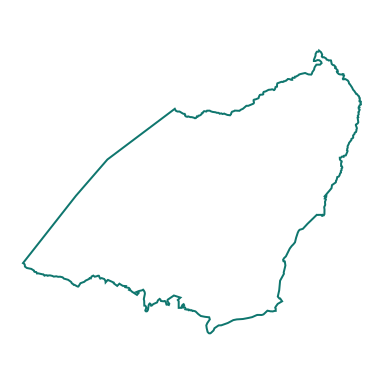 Agua Blanca de Iturbide, Hidalgo, Mexico
{"feature_id": "50627088B60120060131713", "entity_name": "Agua Blanca de Iturbide", "entity_type": "district", "adm_level": 2, "iso_a3": "MEX", "parent_name": "Mexico", "parent_adm1": "Hidalgo", "projection": "albers", "projection_center": [-98.352, 20.365], "detail": "fine", "context": "isolated", "style": "outline", "palette": "teal", "viewbox_px": 384, "rotation_deg": 0, "n_neighbors": 0, "source": "geoboundaries", "source_scale": "gbopen_adm2", "svg_char_len": 5947}
<svg xmlns="http://www.w3.org/2000/svg" viewBox="0 0 384 384"><path d="M129.3,290.1L129.8,289.6L132.0,291.7L137.0,294.9L138.6,293.0L136.5,292.0L139.0,291.0L142.1,290.3L143.1,289.7L143.8,290.5L144.7,292.2L144.9,293.8L143.8,299.1L144.2,300.9L144.3,305.6L145.2,305.7L145.8,306.3L146.1,307.2L146.3,307.9L145.3,310.4L145.4,310.8L146.1,311.4L146.9,311.3L147.3,311.0L148.0,309.7L148.6,305.5L148.9,304.5L149.7,303.5L150.4,303.8L151.1,305.7L151.7,305.6L153.3,304.1L157.1,302.4L157.9,300.4L159.6,298.9L160.3,299.4L161.0,301.0L163.4,301.3L164.7,301.0L165.3,301.3L166.3,303.7L166.4,304.5L166.8,304.7L167.3,304.3L168.8,305.0L169.3,303.8L167.6,301.4L167.5,300.4L167.7,299.7L173.9,295.5L180.4,297.6L177.8,300.0L178.7,301.2L178.7,307.9L181.3,307.9L181.7,306.4L182.6,304.8L183.6,304.2L184.2,305.2L183.0,307.5L185.0,307.5L185.7,308.8L185.4,309.3L186.9,309.6L187.9,309.3L188.5,310.2L189.7,309.8L190.1,310.3L191.3,310.4L191.7,310.2L192.5,311.0L193.5,310.8L195.5,311.4L198.3,314.1L200.8,316.0L204.9,316.8L209.2,317.3L209.8,319.4L207.3,323.1L206.3,325.4L206.7,328.2L207.6,331.9L208.8,333.2L210.0,333.4L210.8,333.0L213.5,330.5L214.5,328.2L218.6,325.4L221.3,325.3L227.8,323.0L233.3,320.1L236.8,319.4L242.9,319.0L248.7,317.9L252.2,317.1L256.7,315.1L257.7,314.9L261.7,315.0L263.5,314.4L267.4,310.7L270.5,311.3L272.8,311.4L274.7,310.9L275.7,310.9L275.7,308.4L275.2,307.8L275.7,306.7L277.7,303.9L282.1,301.3L280.2,298.5L279.5,298.6L277.8,296.6L279.2,290.3L280.1,280.7L283.9,273.8L283.7,272.5L285.4,265.5L284.8,261.4L284.5,261.2L283.8,261.4L283.5,261.3L283.1,259.8L284.1,258.1L285.9,256.4L289.8,248.5L291.7,246.0L293.3,244.4L295.0,242.3L296.1,237.8L297.8,232.6L298.7,230.8L299.6,229.8L302.9,228.8L307.5,223.8L316.8,214.8L318.0,215.0L318.2,214.9L321.3,214.9L321.7,215.1L321.8,215.7L322.2,215.8L322.6,214.9L323.7,215.4L323.9,215.2L324.1,214.5L324.4,214.2L324.5,209.6L324.2,207.1L325.2,204.9L325.0,201.8L325.9,199.4L325.5,198.8L324.9,198.6L326.2,197.0L326.3,196.1L324.0,197.1L331.5,188.2L332.0,185.1L335.5,182.6L335.9,182.1L336.0,180.8L336.3,180.5L336.8,179.2L337.3,177.0L338.6,176.7L339.5,175.4L340.1,173.4L341.0,172.5L340.8,171.1L341.6,170.1L341.5,168.9L341.7,168.3L342.2,167.9L342.3,167.2L341.8,166.2L341.1,166.0L341.1,163.0L341.7,161.9L341.7,161.3L340.6,160.5L339.9,159.4L339.8,157.7L341.0,157.6L342.1,156.5L342.7,156.5L343.6,156.8L343.9,155.8L345.8,155.4L347.5,151.4L347.5,150.8L347.1,150.5L347.3,150.2L347.1,149.1L347.7,147.7L347.6,146.4L347.8,145.7L348.6,144.4L349.1,142.8L351.3,140.1L351.4,139.0L352.9,138.0L353.2,137.5L353.1,135.5L354.5,133.9L354.6,133.1L355.4,132.2L355.9,132.1L356.4,130.8L356.4,129.6L356.8,128.8L356.9,128.1L355.8,125.1L355.9,124.6L357.7,123.4L358.3,122.2L357.6,117.6L358.3,117.3L357.8,115.8L358.7,114.4L358.4,112.3L358.8,112.2L358.9,111.5L359.6,109.9L359.6,109.5L358.8,108.9L358.6,107.7L358.7,107.3L359.4,107.2L359.1,106.4L359.6,105.3L360.9,104.5L361.0,104.1L360.4,103.1L360.8,102.5L360.9,101.7L360.3,101.1L359.5,101.3L359.4,101.1L359.9,98.9L359.4,98.2L359.6,97.7L359.1,97.0L359.0,96.3L358.0,95.5L357.1,94.2L356.3,94.0L356.3,93.7L355.4,92.7L354.4,91.1L353.1,89.7L352.0,87.4L349.7,84.0L349.1,83.6L348.7,81.9L348.0,80.8L347.6,80.4L345.4,79.1L343.7,79.3L343.1,79.3L342.9,79.0L342.9,78.5L343.5,78.1L343.5,77.1L344.0,75.7L343.4,75.4L343.6,74.3L343.3,74.1L342.8,74.0L341.8,74.5L339.9,74.4L338.7,74.0L337.1,72.4L336.9,71.7L337.8,71.4L337.5,70.1L337.1,69.9L336.0,68.5L335.1,68.1L335.1,67.4L335.6,67.0L334.8,66.3L334.7,65.8L334.1,65.3L332.7,64.9L331.7,63.9L331.0,60.5L330.0,60.3L328.6,60.5L327.8,59.8L326.6,59.6L326.0,58.4L323.9,57.2L322.9,57.4L322.3,57.1L322.3,56.7L321.8,56.3L322.2,54.6L321.1,52.3L319.1,50.6L319.0,51.1L318.4,51.7L317.1,51.6L316.7,51.9L315.6,53.9L315.5,55.8L313.9,59.8L313.9,61.0L315.4,61.0L317.4,60.1L319.1,60.2L319.7,60.5L321.2,61.9L321.6,63.1L320.0,64.7L316.4,64.7L314.8,67.0L314.3,68.3L314.1,69.6L312.3,72.2L311.9,73.7L311.2,74.6L308.4,74.4L305.1,73.0L300.7,74.0L299.1,74.5L298.5,75.2L297.1,75.9L296.4,76.5L295.0,76.7L294.6,77.8L292.6,77.8L292.1,78.7L292.2,79.8L291.1,79.8L289.9,79.2L287.9,79.0L286.1,80.7L285.6,80.7L284.6,81.3L283.6,81.3L282.9,82.0L281.5,81.8L277.4,83.3L277.1,84.1L277.0,86.6L276.2,86.7L276.0,87.0L275.5,87.1L275.1,88.8L274.3,90.0L273.9,90.1L273.2,89.6L272.1,89.3L270.9,89.6L268.6,89.8L265.6,91.4L263.7,91.9L263.3,92.6L263.2,94.3L262.6,94.6L260.7,94.7L259.8,95.0L259.1,96.3L258.5,98.2L255.5,99.4L254.2,99.6L253.6,100.1L253.6,101.2L254.0,102.2L253.7,103.4L253.3,103.7L248.3,105.8L246.4,105.8L242.9,108.8L240.7,109.8L239.5,110.8L234.7,110.6L233.8,111.2L232.1,111.7L231.5,112.5L231.0,114.2L230.0,115.3L227.3,114.9L224.8,113.9L224.3,113.6L222.5,114.0L221.3,113.4L219.6,113.7L219.2,113.2L218.3,112.8L216.8,112.8L215.6,112.3L212.6,111.9L210.8,111.3L209.8,110.7L207.6,110.7L207.0,110.7L206.4,111.5L204.1,111.2L203.3,111.9L202.6,113.1L201.8,113.2L201.7,113.9L200.6,115.0L199.3,115.7L198.4,115.7L197.6,116.8L196.8,116.5L196.4,117.4L195.8,118.1L194.8,118.2L193.9,117.7L191.6,117.1L190.3,117.1L188.1,116.4L187.5,116.8L186.2,116.6L185.2,115.8L185.0,115.4L185.2,114.9L184.7,113.9L183.8,113.9L182.8,113.5L179.5,111.5L177.4,111.5L176.3,111.0L175.8,110.7L174.8,108.8L107.4,159.5L76.0,195.7L23.0,263.1L24.3,263.9L24.8,264.9L24.9,266.4L25.2,266.8L26.9,268.0L31.3,268.9L34.0,270.6L34.1,271.3L34.5,271.8L36.3,272.1L37.0,273.5L38.0,273.3L42.9,274.4L43.4,274.4L44.4,275.6L45.0,275.2L46.1,275.4L46.8,275.2L47.8,275.8L48.8,275.4L50.1,275.4L52.3,275.9L53.8,276.6L56.3,276.3L58.1,276.8L60.1,276.7L62.6,277.3L63.9,278.6L68.1,279.8L70.8,281.7L71.3,282.2L71.8,283.3L72.7,283.8L73.8,284.9L74.4,284.8L77.5,286.5L78.4,286.5L80.5,283.2L84.3,281.8L85.6,280.6L89.0,279.0L89.6,278.1L90.8,278.4L91.6,276.5L93.3,275.6L94.7,276.7L96.9,276.2L98.1,275.7L98.9,275.8L99.6,277.5L100.3,278.6L101.6,278.1L104.2,279.0L105.4,280.7L105.6,282.4L107.5,280.2L107.8,280.3L108.1,280.0L113.8,282.6L113.7,283.3L117.2,285.9L119.4,283.7L122.7,285.8L125.9,286.1L125.4,287.2L128.9,287.9L129.8,289.0L129.0,289.9L129.3,290.1Z" fill="none" stroke="#0f766e" stroke-width="2"/></svg>